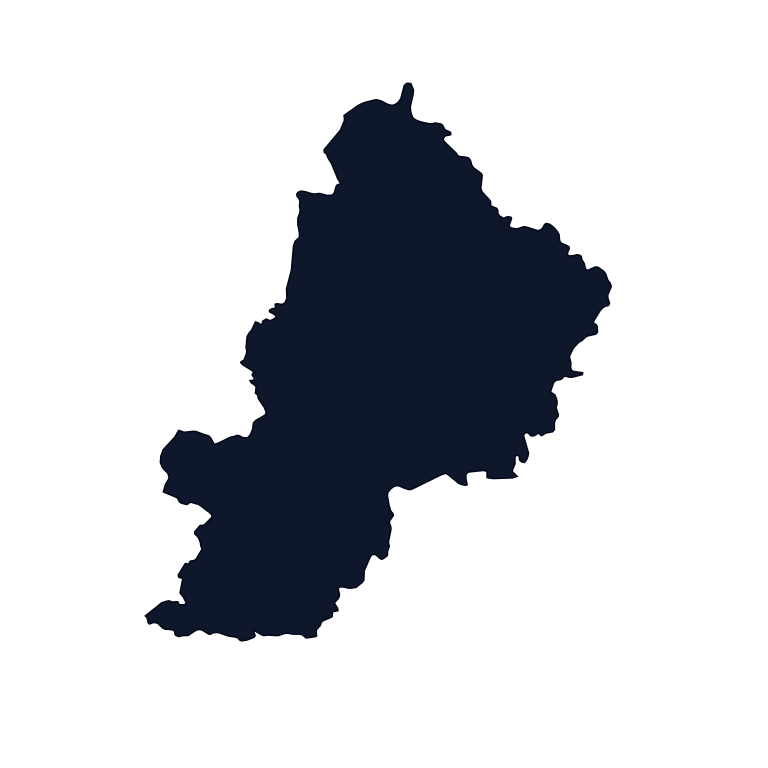 Vladimir, orthographic projection, rotated 285°
{"feature_id": "RUS-2376", "entity_name": "Vladimir", "entity_type": "Region", "adm_level": 1, "iso_a3": "RUS", "parent_name": "Russia", "parent_adm1": "", "projection": "orthographic", "projection_center": [40.326, 55.967], "detail": "fine", "context": "isolated", "style": "filled", "palette": "ink", "viewbox_px": 768, "rotation_deg": 285, "n_neighbors": 0, "source": "natural_earth", "source_scale": "10m", "svg_char_len": 6141}
<svg xmlns="http://www.w3.org/2000/svg" viewBox="0 0 768 768"><g transform="rotate(285 384 384)"><path d="M211.1,252.4L213.4,251.1L214.8,248.5L219.7,236.2L219.8,228.4L219.3,227.0L217.2,225.6L216.5,224.3L216.5,218.9L217.4,216.6L219.5,215.1L220.8,213.0L222.6,198.8L230.3,198.9L236.5,200.6L238.8,200.4L242.0,198.1L244.6,193.4L246.7,191.0L250.3,188.3L256.7,187.1L263.5,187.8L278.6,195.7L286.1,197.7L285.7,202.9L286.0,204.5L288.8,211.6L289.5,214.5L288.6,223.4L288.6,227.6L288.0,229.2L287.0,230.6L282.0,235.4L282.6,237.1L284.3,239.6L292.8,249.3L294.2,252.2L296.3,255.3L296.6,257.8L295.7,261.4L296.3,264.6L296.9,266.0L297.4,266.6L300.2,267.9L305.9,268.8L312.8,268.0L315.9,269.8L323.4,277.4L326.2,277.6L330.6,274.3L337.3,266.5L340.9,264.6L341.8,262.2L348.1,261.2L349.5,259.3L350.8,255.5L352.6,253.8L353.8,256.7L355.0,257.6L356.6,256.8L358.2,254.6L359.0,254.2L361.8,254.9L363.0,252.7L365.9,242.9L367.0,240.8L367.8,240.1L368.4,240.2L370.7,242.4L371.6,242.7L378.1,243.3L381.1,242.7L383.4,241.4L394.3,239.5L398.3,240.5L401.8,242.2L409.8,243.6L410.7,243.9L410.5,246.8L409.6,248.9L409.5,249.8L409.9,250.5L413.6,250.8L416.3,253.5L415.7,257.2L416.0,258.2L419.7,262.1L421.0,262.3L422.2,261.5L423.2,259.0L424.0,255.0L424.8,254.4L425.9,254.5L427.3,255.9L429.2,259.3L429.9,259.6L432.8,258.2L433.6,259.3L434.1,261.4L434.2,263.8L435.5,266.4L437.5,267.5L441.6,268.0L450.7,265.2L470.0,265.1L494.2,260.8L499.0,261.3L503.4,264.1L505.3,264.0L508.0,263.2L515.7,259.5L521.8,257.9L527.6,258.4L530.5,257.9L533.7,256.4L539.0,255.4L540.9,254.1L542.9,251.4L544.9,250.6L547.0,251.4L548.9,254.2L549.4,258.7L549.1,263.0L549.5,268.1L550.8,270.7L551.5,273.1L551.4,280.3L553.0,285.0L554.2,285.9L556.1,286.5L562.7,286.6L564.2,287.3L566.0,289.9L567.0,289.8L570.0,286.4L583.3,276.3L588.0,271.3L591.0,269.1L591.8,267.9L592.2,266.5L594.6,265.4L617.9,276.2L628.6,277.6L633.1,275.9L646.4,287.0L648.9,289.8L651.2,293.0L656.0,301.5L656.7,303.6L656.7,307.7L655.0,315.8L655.1,318.8L655.9,321.3L658.5,323.9L660.8,325.3L664.1,326.4L677.3,326.3L679.3,327.3L680.6,328.8L681.1,332.2L675.8,336.3L671.0,337.2L658.9,337.6L654.0,339.2L649.4,342.2L647.9,344.1L647.2,346.7L646.7,350.9L646.9,358.0L647.3,361.1L647.9,363.2L649.4,365.9L649.9,371.6L649.2,373.5L645.3,377.2L644.6,382.2L643.9,383.5L642.2,383.9L641.5,383.0L639.7,379.2L638.6,378.4L636.6,377.8L634.8,378.3L633.5,379.9L625.7,394.0L624.5,395.0L623.3,397.2L623.6,400.6L624.3,404.1L624.2,407.2L622.6,409.5L618.0,412.2L616.1,414.4L612.5,423.5L611.0,424.9L598.2,426.8L596.0,428.1L594.3,429.9L589.0,438.5L587.9,439.7L584.0,440.8L583.5,442.2L582.8,447.5L580.8,449.2L578.3,449.8L576.3,451.9L575.0,456.5L576.0,458.2L577.6,459.7L577.9,463.6L576.7,464.4L570.0,463.8L568.0,464.8L567.6,467.1L568.3,472.5L572.0,478.1L572.5,480.9L571.9,492.5L572.4,494.0L574.3,496.1L575.9,497.0L579.6,497.8L581.0,499.0L581.2,502.8L579.1,507.6L576.2,511.9L573.8,514.3L567.8,516.6L565.8,519.1L565.1,524.7L564.3,527.4L562.3,527.8L558.0,527.2L556.1,528.3L555.5,529.3L557.1,533.9L558.8,536.9L559.1,539.1L558.5,541.3L555.5,542.8L552.0,546.4L548.9,547.9L546.2,550.0L547.1,552.1L551.4,557.3L552.2,559.5L552.0,561.1L550.1,566.3L548.2,569.2L542.2,573.4L539.9,576.4L536.9,578.3L528.4,577.1L525.2,577.8L520.5,580.9L518.0,580.5L515.6,576.6L513.6,575.2L510.4,573.6L499.0,570.3L496.9,570.4L496.3,573.6L494.7,575.1L489.3,576.8L487.0,575.7L483.2,568.4L481.7,566.8L476.9,563.7L475.0,561.5L468.2,557.8L459.4,555.9L457.1,556.6L453.1,558.9L448.0,560.1L446.2,561.3L445.1,563.1L446.3,573.0L444.4,573.2L439.8,565.0L438.9,562.8L438.5,560.9L438.6,557.9L438.3,556.1L434.9,554.3L434.1,553.5L431.8,548.8L428.8,547.4L420.2,546.9L419.2,547.4L417.6,552.0L413.0,555.3L410.0,556.2L405.4,556.4L399.6,560.3L398.0,560.6L394.2,558.9L391.2,558.5L383.8,560.4L381.5,559.2L378.7,553.3L375.3,549.9L374.9,549.0L376.5,546.8L376.3,545.7L372.9,542.4L372.1,540.3L372.0,539.2L373.8,536.4L374.1,535.3L373.8,533.9L372.5,532.4L370.0,532.2L354.7,541.5L351.5,541.8L347.4,541.3L344.6,540.1L344.3,537.7L345.2,535.2L346.4,534.3L348.6,533.6L349.6,532.4L349.7,531.4L349.2,530.1L347.5,529.4L340.9,531.2L333.2,530.3L332.1,531.5L329.3,536.5L326.6,532.5L321.0,514.2L320.4,510.0L320.4,507.7L325.5,506.4L326.0,505.8L326.4,504.3L326.0,501.8L321.2,489.3L320.3,487.8L317.8,486.5L313.6,487.7L308.3,490.4L307.7,489.9L307.2,488.7L307.0,485.4L307.3,482.0L313.1,469.3L313.7,466.6L310.7,462.2L289.8,438.4L288.4,435.5L288.7,430.2L289.4,425.6L289.3,423.2L287.9,420.4L284.3,417.4L280.0,415.7L276.8,416.3L268.1,420.3L263.6,423.0L261.9,424.9L261.3,426.2L259.5,427.1L253.3,424.9L252.2,425.0L251.0,425.3L248.2,427.4L245.2,428.4L232.9,429.1L231.3,429.6L228.7,431.1L223.5,430.7L219.6,431.6L218.3,431.1L215.0,428.4L214.1,426.8L214.5,425.2L216.9,420.5L216.8,418.0L215.5,416.2L213.6,415.5L198.4,413.2L189.4,415.3L186.4,414.1L180.6,409.9L178.6,405.9L177.7,402.9L177.4,397.2L176.7,394.3L176.0,393.0L173.7,393.0L169.6,395.3L167.1,395.8L164.9,395.3L160.4,393.0L159.4,393.1L158.3,393.9L155.6,397.1L153.1,398.2L150.8,393.3L146.0,394.1L145.3,393.7L139.1,385.8L136.8,385.0L134.3,385.0L129.9,382.7L128.2,382.3L123.3,384.1L122.3,383.3L118.5,374.5L120.7,369.6L120.7,368.1L118.7,360.1L118.4,355.4L117.1,352.2L113.8,347.3L112.8,343.9L111.6,337.4L110.0,333.3L110.0,330.7L112.0,323.7L112.1,322.4L110.9,322.4L107.5,324.7L105.7,324.0L101.2,317.9L99.1,313.2L99.1,311.5L101.1,308.2L101.2,307.0L100.3,298.9L101.0,289.1L100.9,287.7L99.6,283.4L97.4,281.2L97.1,280.4L97.1,279.3L99.1,272.5L99.3,271.2L99.1,269.0L97.5,266.1L90.4,259.9L88.9,254.7L87.2,251.8L86.9,250.9L87.4,247.7L88.3,246.8L90.8,246.0L91.7,244.3L91.6,241.2L90.5,235.7L91.2,233.0L94.1,227.8L94.3,226.7L94.3,224.8L93.8,222.8L91.6,219.8L91.6,219.0L92.2,218.2L97.0,215.6L98.2,213.5L115.2,226.0L117.9,230.2L118.9,232.5L118.7,235.6L118.8,237.0L119.8,239.2L120.2,241.4L118.0,243.0L118.1,244.8L119.3,248.5L121.1,249.8L126.3,245.3L128.7,241.9L129.8,241.0L143.5,240.0L144.3,239.1L144.1,236.9L144.4,235.5L146.4,234.7L159.0,238.5L159.4,239.1L159.2,240.8L159.5,241.9L162.5,242.6L163.0,243.1L164.1,245.7L165.6,247.6L176.7,250.8L178.0,250.7L179.8,249.2L183.8,247.4L187.4,244.6L188.4,243.4L190.3,240.0L192.2,239.4L199.4,242.8L200.2,244.1L200.5,245.6L202.5,247.6L211.1,252.4Z" fill="#0f172a" stroke="#020617" stroke-width="1.5"/></g></svg>